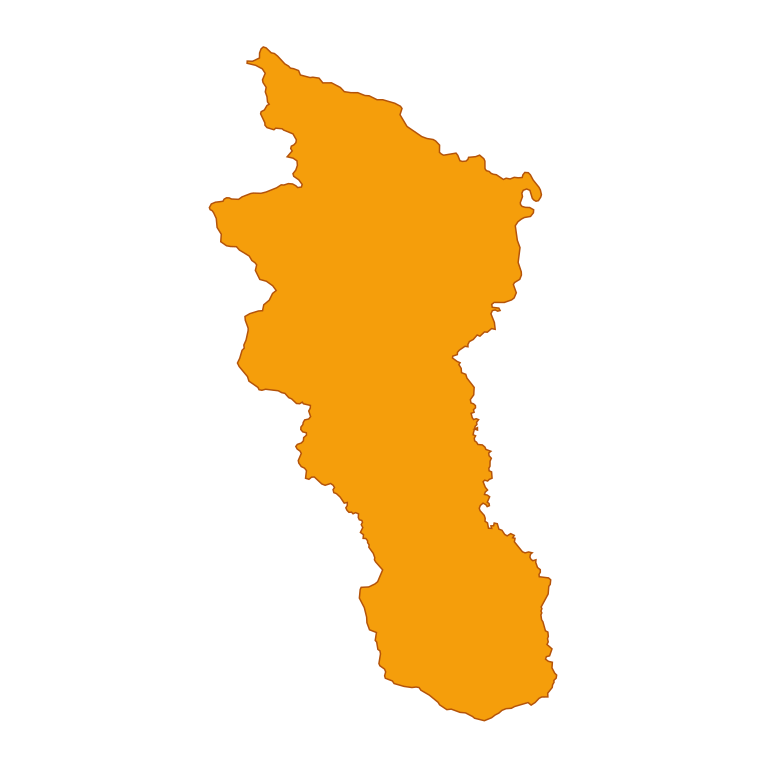 the district of Cacequi, Rio Grande do Sul, Brazil, rotated 91°
{"feature_id": "56859067B8570648201851", "entity_name": "Cacequi", "entity_type": "district", "adm_level": 2, "iso_a3": "BRA", "parent_name": "Brazil", "parent_adm1": "Rio Grande do Sul", "projection": "equal_earth", "projection_center": [-54.818, -29.936], "detail": "fine", "context": "isolated", "style": "filled", "palette": "amber", "viewbox_px": 768, "rotation_deg": 91, "n_neighbors": 0, "source": "geoboundaries", "source_scale": "gbopen_adm2", "svg_char_len": 6132}
<svg xmlns="http://www.w3.org/2000/svg" viewBox="0 0 768 768"><g transform="rotate(91 384 384)"><path d="M50.0,507.7L49.1,510.6L51.0,512.7L55.2,514.2L60.2,514.2L63.6,521.0L63.5,526.4L65.7,526.5L67.6,517.9L71.0,511.2L75.4,508.2L82.0,510.8L84.7,510.2L89.5,507.0L94.0,507.8L98.8,506.0L104.0,505.4L106.3,503.7L107.6,505.9L112.1,508.4L113.9,511.6L116.0,512.1L124.9,507.7L127.4,507.5L129.7,505.4L131.7,498.5L130.1,496.7L130.6,490.3L131.9,488.7L135.5,479.4L141.4,475.9L144.2,476.3L146.5,478.3L147.8,480.8L150.2,481.4L152.6,479.9L158.5,484.8L159.8,478.8L162.4,474.9L166.9,474.4L171.6,475.9L175.3,478.7L177.9,477.9L181.3,472.8L185.9,469.3L188.5,470.0L189.1,473.7L187.4,475.5L185.6,478.9L185.3,483.1L186.8,487.5L186.7,490.3L189.7,494.8L194.1,505.2L195.5,510.3L195.4,517.9L195.8,520.4L199.3,529.1L201.9,532.6L201.7,539.7L200.6,542.1L200.6,544.8L202.0,547.1L204.1,548.2L205.2,555.8L207.0,559.8L210.7,561.7L212.7,560.9L213.7,558.8L215.8,557.3L221.4,554.6L230.4,553.6L237.1,549.3L244.6,549.7L248.5,543.9L249.2,539.9L249.3,533.9L252.6,530.9L258.4,521.0L262.8,518.3L265.0,515.1L267.1,513.4L272.7,514.6L281.6,510.0L283.3,503.4L287.7,497.0L292.4,493.4L295.4,497.0L302.2,500.2L306.9,505.6L312.8,506.7L313.2,510.9L316.0,519.4L318.9,524.2L322.7,523.8L330.5,520.8L333.1,520.8L342.5,522.7L347.5,524.8L350.6,524.4L352.8,526.5L360.8,528.7L365.6,530.9L369.1,529.1L379.0,520.6L383.5,519.1L389.6,510.0L391.9,508.8L392.4,506.0L391.3,502.3L392.6,489.6L394.4,486.2L395.1,482.9L399.3,479.0L400.5,476.1L405.0,471.2L405.2,468.0L403.6,465.4L405.2,464.2L406.7,457.2L409.4,457.3L412.3,458.8L417.9,456.8L420.3,458.7L421.3,462.7L423.8,464.1L426.0,464.4L428.5,466.3L431.0,466.4L433.3,464.4L434.1,460.8L436.5,460.6L439.0,463.4L442.2,463.6L444.4,465.6L445.9,469.6L448.0,471.1L450.5,469.7L452.6,466.7L454.9,465.5L462.0,468.4L464.6,467.8L468.0,465.3L469.5,462.0L472.0,460.0L479.6,460.8L480.6,457.4L478.4,454.8L478.2,452.0L485.0,444.5L486.3,441.1L484.4,435.6L486.2,433.0L488.4,431.7L490.5,433.1L493.5,432.3L494.4,429.7L497.8,425.9L503.8,421.7L503.1,418.6L506.1,418.6L508.5,420.0L510.9,418.8L512.9,416.8L512.7,414.2L514.3,412.7L513.1,410.1L514.3,407.2L517.9,407.4L520.2,406.3L520.8,403.8L522.7,403.1L525.0,404.3L527.9,402.7L532.8,405.0L535.0,401.9L538.7,402.2L538.8,399.5L541.0,397.7L543.0,397.6L545.0,396.1L547.5,396.3L553.5,391.8L557.8,390.2L559.9,390.5L562.0,389.3L569.9,382.1L581.8,386.9L584.1,389.6L587.2,395.8L587.7,403.3L589.8,404.2L598.5,404.9L607.9,399.8L617.4,397.3L623.0,396.9L630.0,394.2L632.6,387.2L640.5,388.3L642.2,386.8L649.4,385.5L650.9,383.4L653.9,382.8L663.6,384.2L665.8,383.2L669.0,378.5L671.8,377.3L675.8,378.3L678.2,377.5L680.8,370.4L683.3,368.7L686.0,358.8L687.0,350.8L686.4,346.6L686.9,343.6L689.5,341.8L694.3,333.2L701.3,324.4L703.8,322.8L708.5,315.5L707.9,311.1L711.0,302.2L711.4,296.8L714.9,289.7L716.6,287.6L718.9,277.8L715.8,270.6L713.0,267.1L711.0,263.4L708.2,260.3L706.5,256.3L706.0,251.0L704.2,247.8L700.0,234.4L702.5,231.3L699.8,227.3L695.6,223.5L694.2,220.9L694.0,214.7L690.2,214.9L684.5,210.5L681.8,210.2L679.3,208.8L677.4,209.0L675.1,206.7L672.0,206.3L670.1,208.3L664.9,211.1L659.3,210.8L658.4,214.8L656.3,217.7L653.8,216.9L652.9,213.7L645.9,211.4L641.6,216.5L639.0,215.3L635.7,216.1L633.6,215.3L629.2,215.8L627.9,218.3L618.9,221.0L617.0,222.3L612.1,223.1L610.1,222.2L608.3,223.1L605.9,222.2L604.2,223.0L591.1,216.2L583.5,215.7L581.4,214.3L576.9,213.9L575.0,216.1L574.0,225.4L571.7,225.7L569.4,224.4L566.9,224.5L564.8,227.3L559.7,229.2L557.1,229.0L558.1,232.1L556.7,234.0L554.6,235.1L551.7,234.6L550.2,232.9L549.4,236.5L550.4,240.0L549.3,242.7L539.5,250.9L536.0,250.3L535.5,252.7L533.1,251.1L531.4,254.7L533.7,258.2L532.3,260.7L528.2,263.5L527.1,266.6L521.7,268.3L521.1,271.4L523.8,271.9L524.0,274.6L526.5,273.8L526.4,277.0L521.1,278.1L519.5,280.6L516.5,280.5L513.6,281.5L508.9,285.8L506.6,286.6L503.8,285.6L501.4,282.9L502.8,280.1L504.8,278.7L503.8,276.5L501.6,276.9L500.4,278.7L494.9,276.4L493.2,278.9L492.7,281.6L490.3,280.9L488.2,278.6L485.5,280.9L480.0,283.2L478.4,281.7L479.2,278.7L477.5,277.0L476.3,274.3L470.0,274.9L468.9,277.4L466.4,277.7L464.4,276.6L459.3,276.6L456.4,275.4L453.9,277.7L451.2,278.1L449.4,276.0L447.6,281.0L445.3,282.0L443.2,284.6L442.8,289.1L440.6,290.4L439.2,292.4L436.6,292.8L434.2,291.5L433.2,294.0L431.1,293.7L424.7,292.1L422.9,290.4L420.6,290.8L418.0,288.8L417.1,291.2L418.0,293.8L416.1,295.2L411.8,296.4L410.7,293.4L408.1,294.1L406.2,292.1L404.0,292.2L402.3,294.1L401.4,296.7L398.1,297.4L393.3,294.1L385.8,293.8L376.6,301.2L372.9,302.4L371.3,306.7L367.0,307.1L363.3,309.5L361.4,308.3L360.2,311.2L356.8,316.0L354.9,315.7L353.3,311.2L351.0,311.1L348.8,309.2L344.9,303.7L345.3,300.7L343.0,300.8L340.1,299.4L337.9,295.5L333.4,291.7L334.5,288.9L330.2,284.5L330.4,281.6L326.7,277.4L327.4,273.8L320.6,274.7L311.9,278.3L308.7,276.9L308.0,274.1L309.2,271.6L308.5,269.2L306.1,270.5L305.4,277.1L302.5,277.7L300.5,275.3L300.4,265.2L297.7,257.9L295.7,255.4L290.5,253.3L282.3,256.4L280.3,255.3L277.0,250.1L272.7,248.5L269.5,248.7L260.1,252.0L245.3,250.4L238.0,253.2L223.5,255.5L219.4,252.9L216.7,249.5L215.1,246.6L213.9,240.4L210.2,237.6L207.2,237.4L205.0,241.4L204.9,245.8L204.0,249.1L202.2,250.6L200.3,250.9L194.3,248.8L190.8,249.5L187.9,248.2L186.5,244.8L187.8,241.5L195.7,239.0L197.3,237.6L198.6,235.2L198.0,232.8L194.5,230.6L192.0,229.9L187.4,231.0L184.6,232.5L177.5,238.4L172.3,241.3L170.2,243.4L170.0,246.9L172.5,248.8L175.1,249.4L175.5,253.3L175.1,257.4L176.8,261.5L176.1,265.5L177.4,268.2L172.8,275.3L172.4,278.3L171.5,280.6L169.7,282.5L168.9,285.4L166.9,286.8L159.4,287.0L157.0,288.1L153.5,292.4L155.1,296.3L155.9,303.4L157.9,304.0L159.7,305.9L160.1,309.6L159.4,312.0L154.1,314.2L151.9,316.0L154.2,328.4L153.1,330.6L151.4,332.6L144.2,332.6L140.1,336.6L138.7,339.1L137.8,345.3L136.0,350.5L126.1,365.5L114.5,372.7L108.2,370.8L106.0,372.4L103.1,378.1L99.8,390.2L99.9,395.9L96.1,403.9L95.9,408.1L93.2,415.3L93.3,422.2L92.4,428.8L88.3,432.8L83.8,441.7L84.0,450.4L79.3,454.3L78.5,460.5L78.9,463.3L76.5,473.0L72.1,474.9L70.3,479.9L69.8,483.1L67.8,485.0L65.7,488.7L58.0,496.1L55.5,499.3L54.8,502.6L50.0,507.7ZM427.5,292.8L428.4,289.7L426.0,289.8L427.5,292.8Z" fill="#f59e0b" stroke="#b45309" stroke-width="1.5"/></g></svg>